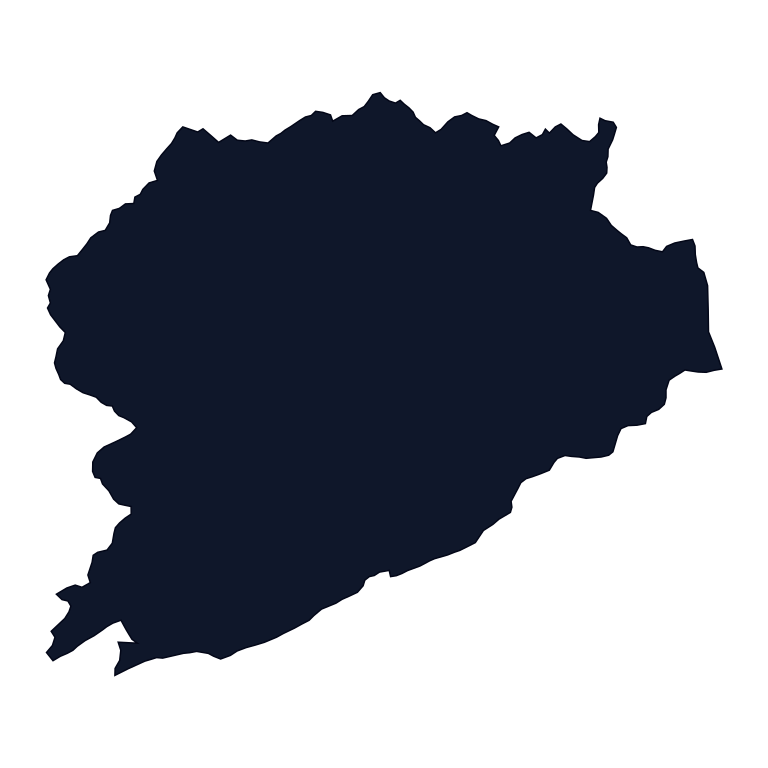 Jucás, Ceará, Brazil
{"feature_id": "56859067B508683552133", "entity_name": "Jucás", "entity_type": "district", "adm_level": 2, "iso_a3": "BRA", "parent_name": "Brazil", "parent_adm1": "Ceará", "projection": "albers", "projection_center": [-39.616, -6.471], "detail": "fine", "context": "isolated", "style": "filled", "palette": "ink", "viewbox_px": 768, "rotation_deg": 0, "n_neighbors": 0, "source": "geoboundaries", "source_scale": "gbopen_adm2", "svg_char_len": 3897}
<svg xmlns="http://www.w3.org/2000/svg" viewBox="0 0 768 768"><path d="M166.8,148.7L161.5,154.9L156.9,161.4L154.3,171.0L157.5,180.4L149.1,182.9L142.8,189.4L140.3,194.3L134.9,197.1L133.8,203.5L125.4,203.9L119.3,208.4L112.5,210.4L110.5,215.4L109.7,222.8L105.2,230.4L98.5,232.0L90.8,237.8L86.9,243.8L82.5,249.4L77.4,255.7L69.4,256.8L63.8,259.7L58.2,264.0L52.9,268.7L49.5,273.0L46.1,279.8L50.4,289.3L48.4,295.6L50.4,303.0L47.5,308.0L50.6,314.8L59.9,327.0L65.3,332.5L63.3,340.8L57.6,348.8L56.0,356.7L54.5,362.9L56.0,368.4L58.8,374.6L60.6,379.5L64.7,383.3L70.1,384.2L76.5,388.9L83.0,392.7L90.1,395.0L96.2,397.2L101.2,402.3L106.6,405.4L112.3,406.0L114.5,411.1L118.8,415.6L123.8,417.6L131.6,421.9L136.7,427.7L130.6,434.2L125.2,437.1L115.1,442.0L104.1,447.0L97.3,452.9L92.8,462.0L92.6,471.4L95.1,477.4L100.5,478.4L102.5,483.9L108.9,490.8L113.6,499.1L118.8,503.9L125.2,505.3L131.1,506.5L131.2,514.1L125.2,518.1L119.6,522.9L115.4,527.7L114.0,533.3L112.3,543.2L107.0,550.1L97.7,552.3L93.2,555.3L92.1,562.3L87.9,575.0L90.3,582.6L82.0,587.3L75.2,585.1L66.8,588.0L56.4,594.2L62.0,599.6L67.9,601.0L70.9,606.1L69.0,611.8L64.8,618.5L51.2,631.3L55.0,637.3L52.4,645.5L46.5,652.5L53.0,660.7L60.3,656.3L67.3,653.3L72.9,650.3L77.2,646.3L85.1,640.6L94.1,635.7L102.5,629.9L106.7,626.7L112.9,623.1L121.0,620.2L123.9,625.6L126.4,630.1L129.1,634.6L132.0,639.3L137.3,643.2L118.2,642.2L120.8,650.3L119.7,660.4L115.1,668.4L114.9,675.4L127.8,668.9L144.7,661.2L151.5,659.2L156.5,657.6L162.7,658.1L183.5,653.3L189.7,652.7L196.6,651.4L208.4,653.4L213.6,656.2L220.6,659.0L230.4,655.4L237.1,651.0L246.1,647.6L255.2,645.1L264.4,642.3L276.6,637.2L283.3,633.5L294.5,628.1L302.1,623.9L309.1,620.3L313.8,615.6L321.5,609.1L331.0,605.2L335.9,603.2L342.1,599.3L349.3,596.1L357.4,592.3L363.1,585.8L364.8,580.2L369.3,576.6L374.3,575.5L379.5,572.1L389.2,570.4L390.6,576.6L396.3,575.7L401.9,573.5L407.5,570.6L420.2,565.9L429.7,560.8L434.5,558.7L447.7,554.9L454.2,552.3L459.8,550.4L475.3,542.6L483.4,530.5L493.0,524.3L498.9,519.2L510.4,512.4L511.9,507.2L511.1,501.3L518.1,488.1L520.8,482.7L526.0,478.7L532.4,476.7L540.9,473.6L549.3,470.2L554.0,462.4L557.4,458.4L565.0,455.5L571.4,456.4L579.4,457.0L586.1,458.3L593.1,457.7L601.2,457.0L608.7,455.2L612.9,451.8L617.6,435.7L621.0,428.6L628.0,425.6L637.0,425.2L645.4,423.6L646.8,416.5L651.4,412.4L658.7,409.4L664.3,404.3L666.0,397.8L666.0,389.8L669.1,380.2L674.7,376.3L679.7,373.4L684.9,370.0L691.3,371.0L698.1,372.0L706.2,372.3L714.1,370.3L721.9,369.0L714.7,347.2L708.5,331.8L708.2,310.3L707.6,285.7L703.8,272.4L697.9,267.9L696.6,262.6L695.3,254.6L695.0,246.0L692.5,239.5L684.3,241.0L674.7,243.0L666.6,246.4L662.5,251.8L655.1,250.3L648.6,247.8L643.1,246.7L637.0,247.0L630.7,244.9L626.7,237.8L621.4,233.9L617.2,230.5L611.3,225.4L606.5,218.3L598.2,212.4L590.5,210.4L593.5,195.0L594.6,187.5L597.4,183.2L602.7,178.4L606.7,173.1L607.0,167.4L606.2,162.1L607.9,156.7L608.1,149.1L612.6,139.9L614.3,134.5L616.4,127.4L613.2,122.2L605.1,120.7L600.0,118.2L598.6,124.7L598.8,132.5L595.4,136.6L589.6,141.6L582.0,140.5L573.1,134.8L566.8,128.9L560.9,124.0L555.3,126.9L549.4,133.1L545.4,129.1L542.4,134.6L536.1,137.9L529.1,132.3L522.1,134.5L515.1,137.9L509.7,143.0L500.9,145.8L498.4,140.5L494.2,135.4L498.7,126.9L492.8,124.3L486.0,120.6L478.7,118.9L471.8,115.5L467.0,112.7L461.6,115.5L454.6,116.9L447.9,121.8L441.1,129.4L435.5,132.8L430.0,127.7L423.5,124.7L419.6,120.9L415.4,117.3L413.1,112.1L409.0,107.9L404.3,104.2L400.2,100.3L395.5,103.1L389.2,101.0L384.3,97.7L380.2,92.6L372.7,94.7L368.2,101.4L364.2,106.6L358.7,109.5L352.2,115.5L342.1,115.8L332.7,121.2L330.5,114.9L322.9,112.4L315.6,111.3L311.3,115.5L305.4,117.0L299.6,120.6L290.8,126.6L285.0,130.1L280.9,133.4L276.2,135.9L268.0,143.0L259.6,141.9L251.8,139.9L245.2,141.0L237.3,140.2L230.6,135.1L218.6,142.4L210.9,135.6L203.0,128.8L197.7,132.0L182.8,126.9L177.2,132.8L174.9,137.9L171.5,143.5L166.8,148.7Z" fill="#0f172a" stroke="#020617" stroke-width="1.5"/></svg>